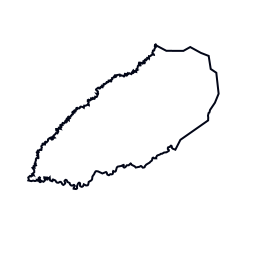 Saixan, Selenge, Mongolia (orthographic projection), rotated 226°
{"feature_id": "93677404B36550032188300", "entity_name": "Saixan", "entity_type": "district", "adm_level": 2, "iso_a3": "MNG", "parent_name": "Mongolia", "parent_adm1": "Selenge", "projection": "orthographic", "projection_center": [105.809, 49.34], "detail": "fine", "context": "isolated", "style": "outline", "palette": "ink", "viewbox_px": 256, "rotation_deg": 226, "n_neighbors": 0, "source": "geoboundaries", "source_scale": "gbopen_adm2", "svg_char_len": 5852}
<svg xmlns="http://www.w3.org/2000/svg" viewBox="0 0 256 256"><g transform="rotate(226 128 128)"><path d="M168.9,206.0L169.1,205.2L168.1,204.0L166.9,204.0L166.7,202.4L165.6,200.7L165.7,200.4L166.3,200.0L166.3,199.6L165.2,198.2L165.1,197.6L164.3,197.4L163.0,197.7L162.7,197.5L163.7,196.8L164.3,195.0L164.1,194.6L164.4,193.5L165.1,193.0L164.5,192.3L164.5,191.8L163.5,191.6L163.3,191.3L164.3,191.3L165.1,190.5L164.3,189.7L164.1,187.8L164.3,187.5L164.8,188.2L165.2,188.2L165.3,187.3L164.8,186.5L165.4,185.5L165.0,185.0L163.3,185.4L163.1,184.9L163.9,184.3L164.1,183.4L164.7,183.5L166.1,182.5L165.9,181.8L164.5,180.8L164.3,180.5L164.6,180.1L165.1,180.2L166.7,181.9L167.3,181.5L167.2,181.1L165.8,179.5L165.7,178.1L164.4,176.4L164.5,175.1L164.1,174.8L163.2,175.1L163.5,174.0L163.3,173.7L163.7,173.1L162.8,172.7L163.1,172.5L164.1,172.8L164.2,172.2L163.8,171.9L163.9,171.5L165.7,171.8L165.2,169.4L164.7,169.2L164.3,169.4L164.3,170.6L164.0,170.3L164.0,169.8L164.7,168.6L164.5,167.8L166.6,166.9L166.7,166.7L166.5,165.8L166.6,165.5L167.6,165.8L167.6,165.2L166.6,164.1L166.6,163.5L167.4,163.3L168.6,163.8L169.1,163.4L167.8,161.7L167.8,161.0L168.2,160.7L169.1,160.8L170.3,159.6L170.8,159.6L171.0,158.5L172.2,159.1L173.7,156.9L173.5,156.2L174.4,155.9L174.8,155.4L173.3,154.6L173.6,154.0L174.3,154.5L174.8,154.3L174.8,153.8L174.4,152.6L175.0,151.2L174.1,150.6L174.4,149.1L173.5,148.8L173.2,148.3L174.0,147.6L175.2,147.5L175.6,147.0L174.8,146.0L174.8,145.6L175.8,144.6L175.2,143.6L175.6,143.0L175.6,142.0L176.4,141.4L176.5,141.0L175.5,139.9L176.4,138.9L175.2,138.4L175.0,138.0L176.5,137.1L176.5,136.4L176.0,135.9L176.0,135.2L176.4,134.7L177.4,134.8L177.7,134.6L178.0,132.1L177.9,131.7L177.4,131.5L175.2,131.7L174.4,130.8L173.7,130.6L173.3,130.0L174.4,129.2L173.0,129.1L172.1,127.5L172.3,126.7L173.3,126.1L172.3,124.5L172.3,124.1L172.7,123.7L174.1,123.7L174.3,122.8L175.0,122.0L174.6,121.7L173.8,121.8L174.1,121.1L174.1,120.2L175.2,119.6L175.0,118.7L175.9,118.9L176.0,118.5L175.1,117.6L174.3,118.1L173.5,117.2L173.2,116.2L171.9,116.0L171.6,115.7L172.8,115.3L173.1,114.0L173.7,112.7L174.5,112.0L173.3,110.3L174.4,110.1L176.2,108.9L176.4,108.4L175.9,107.3L176.0,106.5L176.6,106.1L176.8,105.5L177.2,105.6L177.6,105.1L177.9,105.3L178.2,104.9L178.0,104.3L177.0,103.9L177.2,103.1L176.7,102.3L177.8,101.9L177.9,101.4L176.4,100.6L176.2,100.2L176.7,99.7L177.8,99.7L178.1,99.4L177.9,98.8L176.3,98.1L176.2,97.6L176.6,96.6L176.2,95.9L176.4,95.3L176.0,94.5L176.6,93.7L177.5,93.1L177.6,92.7L177.2,92.2L175.5,92.6L175.7,91.6L174.7,90.8L175.4,90.6L176.6,91.0L177.2,90.7L177.1,90.1L175.6,88.9L176.6,88.6L176.6,88.0L175.2,87.5L175.1,87.2L176.1,86.4L175.7,85.4L177.0,84.5L176.8,84.0L175.5,83.0L175.9,82.4L175.8,81.8L176.9,81.9L177.1,81.3L176.2,80.6L175.5,80.9L174.9,80.7L174.8,80.2L175.6,79.8L176.1,78.9L174.5,78.7L175.8,77.9L175.5,77.4L175.9,76.9L175.2,76.3L176.7,76.2L177.2,75.6L176.4,74.9L175.6,74.7L174.4,75.6L173.9,75.4L173.2,73.5L174.4,72.8L174.1,71.3L174.2,69.9L174.1,68.7L173.6,68.5L172.0,68.5L172.8,67.2L173.6,67.4L174.1,67.1L173.9,66.4L172.2,65.9L172.5,65.2L173.7,65.1L174.1,66.0L174.5,66.2L174.8,65.8L175.3,64.3L175.2,63.4L175.4,62.6L174.4,61.6L174.2,59.4L175.4,59.1L175.5,58.6L173.8,56.8L174.4,56.3L175.8,56.2L176.0,55.6L175.1,54.7L175.3,53.6L174.8,52.7L173.7,52.4L173.4,51.4L172.4,50.6L172.4,50.3L173.6,49.4L173.5,48.3L174.4,47.7L174.3,47.1L173.4,46.7L173.9,45.9L173.9,45.5L173.4,45.4L172.5,46.2L172.3,44.8L171.4,45.0L171.1,44.7L171.2,43.5L170.7,43.5L170.2,44.0L168.6,42.7L168.7,42.3L169.4,42.0L169.9,41.3L169.6,40.1L168.7,39.3L167.8,37.5L166.8,37.0L167.2,36.2L166.7,35.7L165.7,36.1L165.0,35.9L165.1,35.5L166.0,34.4L166.2,33.7L165.8,33.2L164.9,33.5L164.4,33.2L165.5,32.4L165.7,31.6L162.9,31.3L161.3,29.8L161.4,28.1L160.1,27.6L161.1,27.4L161.4,26.9L160.2,26.5L160.0,26.1L160.8,25.1L160.6,24.5L161.6,24.2L161.7,21.9L159.8,20.8L159.5,19.9L156.9,21.6L156.1,23.2L154.5,24.2L154.0,25.0L153.9,25.8L152.6,26.6L152.7,27.1L153.6,27.1L152.8,28.0L154.1,29.1L154.0,30.1L153.4,30.2L152.8,29.1L151.8,28.9L151.4,27.3L150.8,27.0L150.2,27.1L149.8,27.6L150.1,28.9L148.0,29.9L148.0,31.8L148.5,32.4L150.2,33.0L150.7,33.5L149.3,34.6L147.8,33.7L147.1,34.0L146.8,34.4L146.9,34.7L147.9,35.7L146.7,36.2L146.8,37.3L144.9,35.8L144.3,35.6L142.4,36.4L142.4,37.3L143.2,38.0L143.1,38.3L140.7,39.3L139.1,38.9L138.0,39.0L137.0,39.9L136.5,41.7L136.0,42.2L134.9,42.2L133.1,41.7L132.0,41.9L131.7,43.0L131.8,44.3L132.3,44.9L133.9,45.4L134.1,45.8L134.1,47.0L133.9,47.3L133.0,47.6L131.2,47.0L129.0,47.8L127.7,47.1L126.1,47.2L125.4,47.7L125.1,48.2L124.9,49.3L124.5,49.7L123.3,49.5L122.5,47.1L122.1,46.7L120.2,48.2L119.9,49.4L121.6,50.9L122.6,53.2L122.8,54.5L122.3,55.1L121.5,55.1L119.7,53.3L118.1,53.6L117.5,54.4L117.4,55.4L118.2,57.1L115.8,57.9L114.8,59.2L114.9,60.0L116.5,62.3L115.8,65.4L116.1,66.6L117.8,68.7L118.4,71.8L118.8,72.6L119.3,74.5L119.1,75.1L117.6,76.3L113.1,78.0L111.6,81.6L110.8,81.7L108.9,80.8L107.6,81.2L107.2,81.7L107.1,83.2L106.0,84.0L105.6,84.9L106.2,86.2L107.1,86.9L107.3,87.5L105.8,88.1L105.5,88.5L105.5,89.3L107.4,92.6L107.3,93.9L105.2,97.0L105.1,98.0L104.5,99.2L104.1,99.1L103.9,98.1L103.5,97.7L102.6,97.6L101.9,98.1L101.7,99.2L102.0,101.2L100.7,102.6L100.7,105.2L100.2,105.4L99.2,105.0L95.7,106.2L94.2,106.1L92.1,109.4L91.8,110.8L91.3,111.1L89.2,111.1L88.5,112.0L88.3,112.8L88.8,113.6L89.0,115.7L88.1,119.5L88.2,120.9L88.0,122.3L88.3,123.2L89.3,124.5L89.3,125.3L89.0,125.7L88.0,125.8L86.6,127.2L87.4,127.7L87.5,128.6L87.9,129.5L87.8,130.2L86.8,132.4L86.6,133.7L85.8,134.7L85.3,136.9L83.8,138.8L83.2,141.4L83.6,142.0L85.1,142.0L85.9,142.7L86.2,143.5L85.3,145.0L85.6,146.4L85.2,146.8L84.6,146.8L83.1,145.8L82.1,145.8L79.5,147.0L83.1,157.5L77.8,190.9L79.8,193.0L81.3,194.1L82.8,196.4L82.6,197.3L84.0,199.6L85.8,208.1L89.7,217.0L106.4,229.9L113.0,228.5L123.8,236.1L131.4,232.6L143.0,229.0L145.0,221.4L156.9,209.2L167.3,205.8L168.9,206.0Z" fill="none" stroke="#020617" stroke-width="2"/></g></svg>